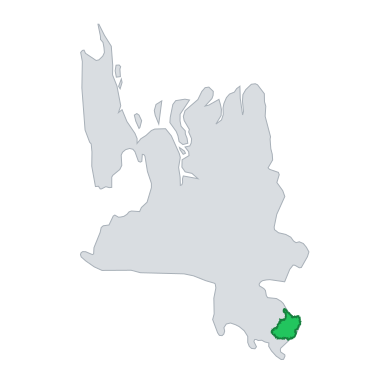 Thakurgaon, Rangpur, Bangladesh (highlighted), rotated 184°
{"feature_id": "16705992B44482388014877", "entity_name": "Thakurgaon", "entity_type": "district", "adm_level": 2, "iso_a3": "BGD", "parent_name": "Bangladesh", "parent_adm1": "Rangpur", "projection": "albers", "projection_center": [88.472, 25.936], "detail": "fine", "context": "in_parent", "style": "filled", "palette": "green", "viewbox_px": 384, "rotation_deg": 184, "n_neighbors": 0, "source": "geoboundaries", "source_scale": "gbopen_adm2", "svg_char_len": 8281}
<svg xmlns="http://www.w3.org/2000/svg" viewBox="0 0 384 384"><g transform="rotate(184 192 192)"><path d="M124.4,282.8L124.3,272.6L117.5,252.5L117.8,250.3L116.4,240.7L114.6,235.3L113.8,229.6L117.8,221.4L116.2,220.0L107.2,217.6L106.2,215.4L108.0,207.4L101.6,199.7L99.1,194.0L105.9,175.6L107.6,162.7L107.1,160.2L102.9,157.4L95.5,156.2L90.3,153.8L87.3,150.2L84.7,148.7L81.5,149.8L77.4,148.4L74.0,144.8L71.2,140.4L72.3,135.6L77.7,124.3L79.7,123.9L84.3,126.1L86.1,126.1L89.1,121.6L93.3,108.9L108.2,110.0L111.7,109.5L115.4,108.5L117.4,106.9L118.6,104.8L118.2,103.1L113.6,100.7L111.9,98.9L110.6,93.8L109.2,91.9L100.3,91.6L95.7,89.3L93.2,87.2L88.6,80.2L83.1,75.0L77.7,73.8L75.7,72.1L74.5,69.5L75.2,65.7L77.9,58.3L92.6,42.4L92.9,40.7L92.4,38.6L88.1,36.1L87.8,34.8L89.0,31.5L91.4,31.1L96.5,34.1L101.6,39.0L104.7,43.4L104.8,46.8L108.8,47.5L112.1,49.0L115.6,48.5L117.8,49.4L119.3,49.1L119.8,47.1L116.9,42.1L118.3,40.0L121.7,40.1L124.1,42.0L125.9,45.8L126.3,51.8L130.2,57.2L135.5,61.0L139.5,62.7L144.5,64.0L148.6,62.7L150.7,58.9L149.7,55.5L150.4,52.5L152.0,50.8L154.7,50.9L156.6,53.3L162.5,66.2L161.4,71.9L162.8,87.6L161.5,98.0L162.4,101.9L163.4,102.6L172.1,104.5L184.7,108.5L194.3,109.8L237.8,107.9L247.3,109.7L276.3,107.5L284.3,110.5L293.0,115.7L298.0,119.5L298.9,121.8L298.4,123.7L296.9,124.9L293.9,125.0L287.0,122.6L285.8,123.4L285.9,129.6L280.8,145.3L280.1,150.2L278.2,152.1L272.5,153.3L268.9,162.5L267.4,163.6L263.5,161.7L261.2,162.1L258.2,163.0L255.3,165.2L253.4,167.8L251.1,168.8L242.9,168.8L241.4,173.0L236.1,178.7L232.8,193.4L233.1,197.8L237.9,209.4L241.4,224.4L242.7,226.0L244.2,226.1L244.2,219.1L245.6,218.2L247.6,218.9L251.7,228.2L253.9,230.5L257.3,231.1L261.2,229.6L264.1,226.8L265.2,223.8L263.9,213.6L265.6,209.4L272.2,203.1L273.1,201.2L272.4,191.0L274.9,190.6L278.3,191.3L282.5,188.8L283.8,188.7L285.7,191.2L288.7,190.7L293.8,210.8L294.6,225.0L295.9,232.9L297.6,234.6L303.0,246.4L309.1,288.0L310.5,314.5L312.8,323.5L311.2,325.6L309.6,326.0L307.9,322.9L296.8,316.5L294.1,317.3L290.5,321.3L289.1,325.0L289.9,330.0L291.2,335.0L293.9,337.8L294.2,341.0L297.5,352.8L296.6,352.9L290.3,342.2L282.7,331.8L279.9,312.7L279.4,303.2L274.2,292.3L269.1,273.0L270.9,266.1L267.5,269.2L261.8,257.7L253.0,246.5L250.5,241.5L250.2,236.6L246.7,241.6L241.8,245.2L236.8,250.5L233.5,252.2L222.8,253.3L216.5,246.5L207.4,229.5L206.1,225.7L207.1,215.6L204.9,206.1L204.1,197.8L202.6,198.5L202.0,200.9L202.4,204.4L201.8,207.4L187.0,205.7L193.4,210.6L200.2,211.6L203.8,216.1L204.1,223.5L197.5,228.1L198.1,231.9L202.1,236.4L197.4,237.8L196.2,240.8L196.1,245.1L199.5,251.6L199.0,254.2L204.8,262.7L205.9,266.8L204.6,272.7L192.6,284.6L189.2,293.0L186.2,297.0L182.5,297.8L177.8,293.9L177.7,289.8L178.6,286.6L184.9,278.7L181.4,279.8L171.6,286.3L169.7,281.1L168.4,276.3L168.3,270.3L172.9,261.4L167.6,265.9L166.2,271.5L166.9,278.0L166.3,282.6L164.2,288.6L161.4,292.3L156.7,294.6L154.7,298.2L151.6,300.9L150.4,288.7L146.9,272.4L146.2,275.9L148.0,286.1L148.0,292.7L145.5,297.9L140.3,303.6L136.4,304.4L134.1,303.5L126.7,295.1L126.0,287.1L124.4,282.8ZM214.6,282.0L205.5,284.1L200.9,283.6L209.3,268.7L208.9,262.1L207.5,256.8L203.0,252.5L202.7,249.4L200.7,245.3L199.6,240.3L204.4,238.7L208.4,241.4L209.9,247.0L211.9,251.2L218.9,259.7L218.9,265.0L217.2,278.0L214.6,282.0ZM234.0,276.8L228.5,280.8L229.9,257.5L234.1,266.1L235.3,270.7L234.0,276.8ZM254.9,264.7L252.5,266.4L250.2,265.0L247.2,259.6L248.5,252.7L249.3,251.7L253.0,258.7L254.9,264.7ZM276.6,313.2L273.5,313.6L271.9,312.0L272.5,309.6L271.5,302.1L275.5,301.3L277.1,307.5L276.6,313.2ZM272.6,292.3L270.4,299.8L269.4,296.5L270.9,289.9L272.6,292.3ZM206.7,233.1L207.6,235.5L202.5,232.4L201.2,230.2L203.4,229.0L206.7,233.1Z" fill="#d9dde1" stroke="#a8b0b8" stroke-width="1"/><path d="M102.0,60.1L102.1,59.8L102.4,59.6L102.3,59.4L102.5,59.3L102.3,59.1L102.5,59.0L102.5,58.8L102.8,58.7L103.0,58.5L102.9,58.0L102.7,58.1L102.7,57.4L102.3,57.4L102.6,57.1L102.3,57.0L102.2,56.7L102.0,56.4L101.7,56.1L101.7,55.9L100.5,55.1L100.0,55.2L99.9,55.3L99.9,54.8L99.7,54.9L99.5,54.7L99.5,54.8L99.2,54.8L99.1,54.3L98.9,54.4L98.9,54.0L98.6,53.9L98.6,53.6L98.8,53.6L98.7,53.5L98.8,53.4L98.5,53.5L98.4,53.4L98.4,53.1L98.0,53.2L97.8,53.0L98.0,52.8L98.0,52.6L97.4,52.9L97.4,53.1L97.1,52.9L96.9,53.1L96.7,53.1L96.5,52.5L96.6,52.3L96.4,51.9L96.2,52.1L96.2,51.9L96.0,52.0L95.9,51.9L95.7,51.9L95.8,51.8L94.7,51.9L94.4,51.8L94.0,51.9L94.2,52.1L93.9,52.1L93.9,52.3L93.5,52.4L93.4,52.3L93.5,52.1L93.2,52.1L92.5,52.0L92.2,52.2L92.3,52.0L92.1,52.0L92.1,51.9L91.6,51.9L91.4,51.7L91.0,51.8L91.1,52.0L91.3,52.1L90.8,52.3L90.6,52.0L89.8,51.9L89.8,52.4L89.9,52.5L89.8,52.9L89.7,53.0L89.3,52.8L89.0,53.2L88.6,53.0L88.4,53.1L88.1,53.0L87.9,52.6L87.7,52.5L87.0,52.8L87.2,52.4L86.9,52.1L86.5,51.7L86.5,51.8L86.3,51.7L85.9,51.7L85.7,52.0L85.5,51.9L85.4,52.1L85.1,52.0L85.1,51.8L84.8,52.1L84.7,52.0L84.4,52.3L84.3,52.6L83.9,52.7L83.6,52.5L83.4,52.7L83.1,52.6L83.1,52.8L82.9,52.5L82.7,52.5L82.3,52.9L82.1,52.9L82.3,53.2L82.1,53.3L82.1,53.5L81.7,53.5L81.8,53.7L81.6,53.7L81.4,53.9L81.3,53.6L81.1,53.7L81.0,53.8L81.2,54.0L80.6,54.3L80.5,54.2L80.4,54.0L80.2,54.0L80.0,54.4L80.2,54.5L79.9,54.5L79.3,54.9L79.2,55.3L79.4,55.3L79.1,56.0L79.3,56.2L79.3,56.3L79.1,56.5L79.0,57.0L78.7,57.1L78.5,57.3L78.6,57.6L78.3,57.9L78.5,58.2L78.6,58.4L78.4,58.5L78.4,58.8L78.8,58.5L78.8,58.4L79.1,58.9L79.5,59.2L79.5,59.4L79.7,59.6L79.4,59.9L79.2,59.9L79.4,60.6L78.9,60.5L79.2,61.0L78.9,61.2L79.0,61.4L79.5,61.5L79.4,61.9L78.7,62.0L78.4,62.2L78.1,62.1L77.9,62.2L77.7,62.4L77.3,62.5L77.6,62.9L77.6,63.2L77.4,63.4L77.1,63.2L77.1,63.3L76.8,63.4L76.7,64.5L76.4,64.6L76.3,64.8L76.6,65.0L76.3,65.3L76.1,65.3L76.1,65.6L76.5,66.1L76.2,66.4L75.9,67.0L75.4,66.9L75.1,67.0L74.6,67.9L74.8,68.1L75.0,68.2L75.0,68.4L74.9,68.5L74.8,69.0L75.3,69.2L75.5,69.4L75.2,69.9L75.3,70.0L75.0,70.3L75.3,70.3L75.4,70.6L75.4,70.9L75.5,71.0L75.7,70.6L75.8,70.6L75.9,70.8L75.8,71.0L76.0,71.4L75.8,71.8L75.4,72.0L75.5,72.2L75.7,72.3L75.7,72.5L75.4,72.8L75.6,73.0L75.9,73.2L75.7,73.6L76.1,73.6L76.3,73.7L76.0,74.6L76.6,74.7L76.9,74.6L77.5,74.8L77.6,75.1L77.4,75.6L77.8,75.5L77.7,75.8L77.9,75.8L78.3,75.4L78.3,75.2L78.6,75.0L79.0,75.2L79.1,74.8L79.4,74.8L79.4,74.6L79.5,74.7L79.4,74.5L79.6,74.4L80.0,74.4L80.1,74.6L80.3,74.8L80.3,75.0L80.8,75.2L80.9,74.9L81.0,74.8L80.9,74.9L81.0,74.9L81.0,74.7L80.9,74.7L81.1,74.6L81.1,74.4L81.5,74.6L81.8,74.6L82.0,74.6L81.9,74.3L82.2,74.0L82.6,73.9L82.7,74.1L82.8,73.7L83.3,73.8L83.4,73.7L83.9,74.0L84.0,74.2L84.0,74.9L83.9,75.3L83.7,75.4L83.8,75.5L84.4,75.9L84.5,75.8L85.0,75.9L84.9,76.3L85.4,76.5L86.3,77.1L86.2,77.5L86.5,77.5L86.4,77.7L86.5,78.0L86.9,77.8L87.3,78.0L87.5,78.1L87.7,78.4L88.4,78.5L88.3,78.9L89.1,79.2L89.2,79.4L89.0,79.6L89.1,80.3L89.6,80.2L89.8,80.4L90.1,80.5L90.0,80.8L90.0,81.0L90.7,80.9L90.8,81.0L90.6,81.6L91.4,81.9L91.5,81.8L91.9,81.8L92.1,81.6L91.8,81.3L92.1,81.0L91.9,80.8L92.1,80.6L92.2,80.8L92.4,80.8L92.4,80.5L92.2,80.3L92.2,79.9L92.4,79.7L92.1,79.5L91.9,79.7L91.7,79.3L92.1,79.2L91.8,78.9L91.7,78.7L91.9,78.5L91.6,78.3L91.3,78.0L91.1,78.0L90.9,78.3L91.0,78.5L90.8,78.5L90.5,78.3L90.4,78.1L90.5,78.0L90.3,77.9L90.1,77.7L90.2,77.3L89.9,77.0L90.1,76.7L89.8,76.6L89.9,76.2L89.7,76.0L89.9,75.8L89.9,75.5L89.7,75.2L89.6,74.8L89.8,74.9L90.0,74.3L89.8,74.3L89.8,74.0L90.0,73.8L89.8,73.2L89.9,72.8L89.8,72.5L89.8,72.2L90.4,72.1L90.7,71.2L90.7,70.8L90.9,70.6L91.1,70.7L91.1,70.9L91.3,71.0L91.6,71.4L91.8,71.0L91.4,70.6L91.6,70.5L91.9,70.5L92.1,70.7L92.3,70.8L92.3,70.5L92.7,70.5L92.8,71.0L93.1,71.0L93.3,71.1L93.6,71.0L93.6,70.3L93.8,70.4L93.8,70.6L94.0,70.9L94.5,70.9L94.6,70.7L94.8,70.8L94.7,70.6L94.9,70.5L94.7,69.9L94.8,69.9L94.7,69.8L94.8,69.7L94.7,69.7L94.3,69.5L94.5,69.4L94.7,69.5L94.5,69.1L94.6,68.7L95.3,68.4L95.4,68.6L95.7,68.5L95.8,68.2L96.0,68.2L96.0,67.9L95.7,68.1L95.7,67.5L95.6,67.4L95.5,67.5L95.3,67.4L95.6,67.3L95.9,67.4L95.8,67.5L96.0,67.5L95.8,67.6L96.0,67.8L96.1,67.7L96.0,67.4L95.9,67.0L96.1,66.8L96.2,66.5L96.5,66.4L96.6,66.0L96.8,65.9L97.4,65.9L97.5,65.3L97.2,64.9L97.1,64.5L97.1,63.7L97.6,63.5L97.6,63.3L97.9,63.3L97.7,62.8L97.9,62.5L97.9,62.1L98.3,62.2L98.2,62.0L98.3,61.9L98.3,62.0L98.5,61.9L98.9,61.9L98.4,61.8L98.4,61.7L98.5,61.6L98.9,61.8L99.1,61.7L99.0,61.8L99.3,62.1L100.1,62.1L100.4,61.9L100.3,61.7L100.5,61.5L101.1,61.2L101.0,60.9L101.1,60.6L100.9,60.3L101.1,60.3L101.3,59.9L101.6,60.0L101.4,59.7L101.6,59.9L102.0,60.1Z" fill="#22c55e" stroke="#15803d" stroke-width="1.5"/></g></svg>